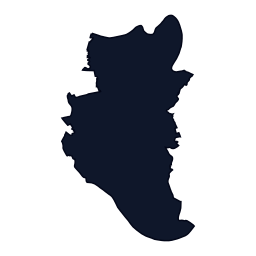 outline of Kien Xuong, Thái Bình, Vietnam
{"feature_id": "81297802B82663613485319", "entity_name": "Kien Xuong", "entity_type": "district", "adm_level": 2, "iso_a3": "VNM", "parent_name": "Vietnam", "parent_adm1": "Thái Bình", "projection": "mercator", "projection_center": [106.429, 20.397], "detail": "fine", "context": "isolated", "style": "filled", "palette": "ink", "viewbox_px": 256, "rotation_deg": 0, "n_neighbors": 0, "source": "geoboundaries", "source_scale": "gbopen_adm2", "svg_char_len": 5643}
<svg xmlns="http://www.w3.org/2000/svg" viewBox="0 0 256 256"><path d="M92.5,33.5L92.1,34.5L91.2,34.2L90.7,35.5L90.2,37.6L90.9,37.8L93.1,37.8L93.1,38.5L89.9,42.1L89.3,42.0L87.1,49.7L87.2,49.9L88.3,50.2L88.4,50.3L88.4,50.5L87.7,51.0L88.8,51.5L88.3,53.3L88.3,53.5L88.8,54.0L88.7,54.6L88.6,55.1L88.4,55.3L87.5,55.5L87.4,57.4L88.3,57.3L89.2,57.0L90.0,57.6L89.9,57.9L89.5,58.3L88.0,59.6L87.8,59.8L87.8,60.2L87.9,60.4L89.2,61.0L89.5,61.2L89.6,61.5L89.5,61.9L88.6,62.6L88.2,63.0L88.1,63.5L88.1,64.0L88.3,64.4L89.0,64.7L89.6,65.2L90.2,66.0L90.3,66.3L90.3,67.4L90.0,67.9L89.6,68.3L88.9,68.7L88.3,68.9L87.8,68.9L87.5,68.8L85.7,67.7L85.3,67.6L84.7,67.6L83.8,68.7L82.9,69.5L82.6,70.1L86.2,70.4L89.2,70.5L94.2,70.6L95.3,76.2L96.5,76.3L97.1,77.1L97.6,78.0L97.8,78.5L97.7,79.2L96.8,79.0L96.9,80.3L96.9,80.8L96.7,82.1L96.4,83.1L96.6,83.4L96.6,83.7L96.5,86.4L97.0,86.2L97.2,86.9L97.6,86.9L97.7,87.0L98.5,89.1L99.0,90.5L100.3,90.6L100.5,91.1L100.6,91.5L99.7,91.8L88.3,94.0L88.3,94.3L87.8,94.4L86.7,94.8L79.5,96.5L78.2,97.1L77.7,97.2L76.4,97.4L75.4,97.4L74.0,94.9L71.5,96.1L69.4,93.0L68.3,93.7L68.2,94.4L67.6,95.4L67.4,95.9L67.6,97.6L68.2,99.6L68.5,101.6L68.8,102.4L69.2,103.2L71.2,105.6L71.6,106.3L72.1,107.5L72.2,108.2L72.2,109.6L72.1,111.0L71.7,112.9L71.1,115.1L70.7,115.7L70.0,116.5L68.1,116.7L67.4,116.9L63.9,117.6L63.1,117.9L62.0,118.1L62.5,118.9L65.5,122.6L67.8,125.2L70.3,124.0L72.7,127.3L71.9,129.0L73.8,129.7L73.5,130.8L74.6,131.3L74.7,132.1L74.4,132.3L74.4,132.8L74.4,133.0L74.1,133.2L72.3,133.6L72.2,135.1L70.0,135.3L66.1,132.2L65.6,133.4L64.8,135.0L64.7,136.2L64.0,137.1L62.0,140.8L61.8,141.6L62.3,142.2L62.5,142.6L63.0,144.6L63.1,145.1L63.2,146.9L63.1,147.6L63.1,148.1L63.5,149.3L64.3,151.0L65.8,153.7L66.6,155.1L67.1,155.7L67.5,155.7L68.9,154.9L69.4,155.6L70.1,155.4L71.8,156.0L72.1,156.1L72.2,156.3L72.7,158.0L73.1,158.6L73.4,158.9L74.1,159.1L74.8,159.1L75.2,161.3L75.1,163.2L74.6,165.7L74.6,166.3L74.8,167.0L75.1,167.4L76.3,168.8L77.4,170.0L79.6,172.4L82.5,176.2L82.9,176.6L83.7,177.2L84.1,177.4L85.4,177.6L85.9,178.0L86.1,178.5L86.3,181.0L87.1,182.3L88.8,182.4L91.7,182.7L94.5,183.7L95.4,184.2L98.4,186.2L100.1,187.6L103.4,189.9L105.6,191.7L106.6,192.4L109.2,194.4L110.2,195.0L111.5,196.1L112.4,197.1L114.0,199.6L115.9,203.3L117.8,207.3L120.2,210.5L125.2,216.8L128.4,220.6L130.5,223.6L133.1,226.8L136.8,230.0L141.8,233.7L143.3,234.5L145.8,235.9L147.6,236.6L151.9,238.1L154.5,239.2L157.3,239.7L162.0,240.4L164.5,240.6L168.8,240.6L172.0,240.1L173.9,239.6L177.0,238.8L179.3,238.0L185.1,235.7L186.1,235.1L187.0,234.5L188.4,233.3L190.8,230.5L194.2,226.1L193.1,224.9L189.8,222.5L187.0,220.8L185.8,220.5L184.5,220.9L184.1,220.8L183.2,220.5L181.8,220.3L179.4,220.6L178.8,220.3L178.5,219.9L178.3,219.5L178.2,218.6L178.2,217.7L178.4,216.3L178.8,214.7L179.8,211.8L180.6,208.5L180.7,207.7L180.8,205.4L180.9,201.6L180.2,201.6L173.3,197.9L172.8,195.1L172.3,194.1L170.9,191.2L170.9,190.9L170.2,189.2L169.2,186.2L168.0,182.9L167.8,181.7L167.9,180.3L168.2,179.1L169.1,176.9L169.2,176.2L169.2,175.7L169.0,174.4L169.1,173.5L169.2,173.3L169.5,172.8L171.3,170.9L172.5,169.9L172.2,169.5L172.0,169.3L170.8,169.0L170.2,168.9L170.1,167.2L170.3,166.8L169.8,166.7L169.9,166.2L170.4,164.9L171.3,164.8L171.2,164.0L171.3,163.0L171.6,161.9L171.8,161.4L172.0,161.1L172.3,160.1L172.5,159.0L172.5,158.3L172.4,157.5L172.0,156.8L171.7,156.5L169.5,154.8L168.6,153.5L167.8,151.7L166.4,149.4L165.4,147.3L167.4,147.7L168.2,147.6L168.8,147.4L169.4,147.3L170.1,147.4L171.7,148.3L172.1,148.4L173.1,148.5L173.9,148.4L174.8,148.1L177.5,146.5L178.6,145.5L176.4,143.5L177.7,142.0L176.9,141.4L176.2,142.2L175.3,141.5L174.5,140.7L174.9,138.7L175.1,138.1L175.3,137.9L175.9,137.5L176.4,137.3L179.5,136.7L179.9,136.6L180.3,136.7L180.0,135.7L178.8,132.8L176.2,133.6L175.3,130.2L174.9,128.4L176.9,127.7L175.2,124.1L174.8,122.5L173.7,121.2L173.5,119.9L173.0,119.3L172.4,117.8L172.3,117.4L172.4,116.8L172.8,116.1L171.9,115.3L172.7,114.6L173.0,114.1L172.7,114.2L171.5,114.1L168.5,113.2L168.4,112.6L168.2,112.4L167.2,111.9L167.0,111.7L166.5,110.9L166.5,110.4L166.8,110.1L168.1,109.5L168.5,109.2L169.5,108.2L170.1,107.7L171.7,106.8L172.8,106.3L173.1,106.2L174.0,105.1L175.0,103.3L175.5,102.6L177.4,100.8L178.2,99.5L178.3,98.9L178.0,98.3L177.1,97.1L176.9,96.5L176.9,95.8L177.1,95.4L177.2,95.2L177.6,94.9L178.1,94.6L178.3,94.4L178.4,93.8L178.3,93.4L178.1,93.0L178.2,92.9L178.5,92.8L179.0,93.1L179.6,90.8L180.2,88.8L180.4,88.8L180.7,88.4L181.3,88.0L181.9,87.5L182.8,86.5L184.6,84.2L186.1,85.2L186.7,84.8L186.9,84.3L187.0,83.1L187.0,82.5L189.1,80.1L189.3,79.6L189.3,78.5L189.7,78.0L190.8,76.9L191.4,76.4L192.0,76.1L192.9,74.6L190.6,73.6L188.2,72.4L187.3,72.1L186.2,72.0L185.6,71.2L185.0,71.4L184.1,70.4L182.7,70.9L181.9,71.1L179.7,71.4L176.9,71.9L176.3,72.0L175.1,71.8L173.8,71.4L172.7,70.8L172.0,70.0L171.5,68.9L171.4,68.4L171.5,67.5L171.7,66.8L172.0,65.8L174.0,62.4L176.4,58.6L178.9,53.4L180.2,49.2L180.6,47.9L181.0,47.0L181.4,44.7L181.8,41.6L182.0,38.7L182.0,34.9L181.8,33.5L181.2,30.7L179.6,25.4L178.4,22.3L177.5,20.6L176.6,19.3L175.5,18.0L174.0,16.7L172.6,15.7L171.6,15.4L171.1,15.4L170.3,15.4L168.8,15.7L167.0,16.8L165.9,17.6L164.7,18.9L163.6,20.6L162.2,22.1L161.7,22.8L160.5,24.2L157.6,26.8L156.8,27.4L156.0,28.2L155.4,29.4L154.6,32.0L154.3,32.7L153.8,33.4L153.1,34.2L152.7,34.4L152.3,34.5L150.5,34.6L148.3,34.3L147.2,34.0L146.0,33.1L144.5,31.8L144.0,31.3L143.6,30.7L143.4,30.3L142.5,27.3L142.2,26.8L141.5,25.9L141.1,25.6L140.6,25.6L140.1,25.6L138.7,26.0L136.5,27.0L135.6,27.6L133.1,30.1L130.9,31.8L129.3,32.9L126.9,34.3L125.4,34.9L122.1,35.7L113.5,37.5L110.1,38.0L108.9,38.0L107.7,37.8L104.4,37.1L102.4,36.6L100.9,36.3L98.1,35.3L92.5,33.5Z" fill="#0f172a" stroke="#020617" stroke-width="1.5"/></svg>